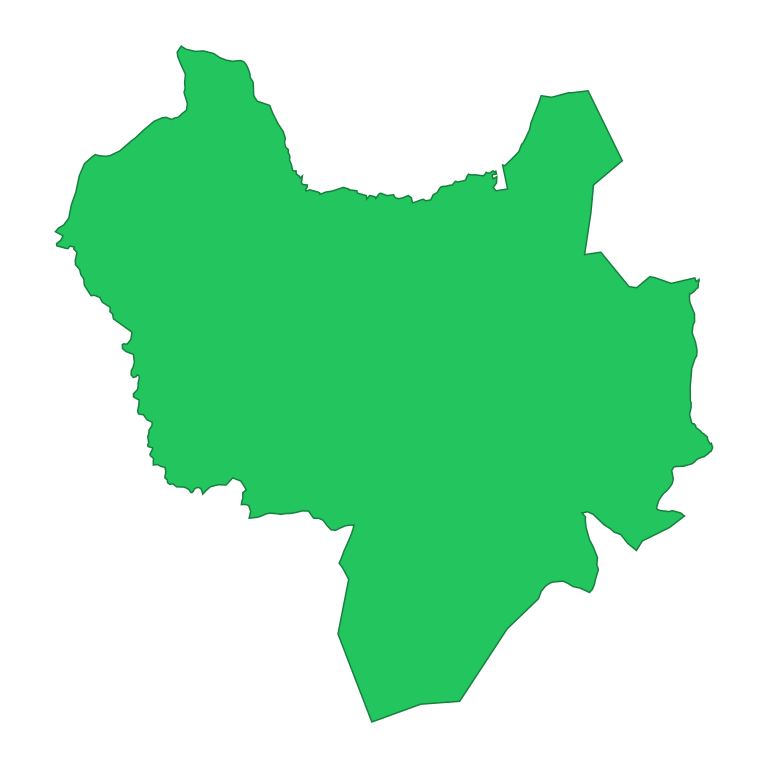 outline of San Andrés Solaga, Oaxaca, Mexico
{"feature_id": "50627088B53471803847057", "entity_name": "San Andrés Solaga", "entity_type": "district", "adm_level": 2, "iso_a3": "MEX", "parent_name": "Mexico", "parent_adm1": "Oaxaca", "projection": "natural_earth1", "projection_center": [-96.225, 17.275], "detail": "fine", "context": "isolated", "style": "filled", "palette": "green", "viewbox_px": 768, "rotation_deg": 0, "n_neighbors": 0, "source": "geoboundaries", "source_scale": "gbopen_adm2", "svg_char_len": 5464}
<svg xmlns="http://www.w3.org/2000/svg" viewBox="0 0 768 768"><path d="M588.1,90.8L572.3,92.7L568.7,92.7L557.7,95.7L551.5,97.3L541.2,95.7L538.1,104.7L531.0,122.7L529.6,129.6L527.9,133.2L524.7,140.0L522.9,143.2L521.6,144.3L521.3,145.2L518.9,151.5L515.3,155.4L504.9,165.7L502.6,165.0L507.6,189.0L495.9,190.8L493.2,187.5L496.5,183.0L496.8,176.6L493.3,178.9L492.2,176.2L492.5,174.7L496.5,174.1L495.8,171.2L494.7,172.1L493.4,170.9L492.2,171.3L490.0,172.9L488.8,173.1L487.1,172.8L486.2,172.3L485.2,174.0L483.5,175.8L474.9,174.8L471.7,175.0L468.5,174.2L467.1,176.1L465.8,179.6L464.7,180.5L457.5,182.1L455.9,181.3L455.2,181.4L452.0,185.3L450.3,185.1L445.8,186.3L443.8,186.3L441.2,186.7L439.6,188.4L437.1,192.6L433.2,194.8L430.7,199.9L425.7,200.8L423.5,199.3L421.6,199.7L413.8,202.6L412.4,202.6L411.4,197.8L408.3,195.5L402.4,198.0L398.0,198.7L395.1,197.6L393.5,194.8L387.1,195.6L380.7,193.2L379.1,193.9L375.7,198.4L374.9,196.7L369.7,195.5L366.7,199.1L366.3,195.6L357.4,193.1L356.9,190.8L348.7,189.7L348.7,189.0L343.2,187.4L332.4,191.0L325.6,192.1L319.9,194.4L319.7,192.8L317.5,191.9L309.7,189.8L306.2,191.0L305.5,189.8L307.3,186.9L307.3,185.0L302.5,184.4L301.4,182.7L302.4,175.9L300.1,178.0L299.1,176.0L296.4,174.2L296.0,170.8L294.4,171.0L292.7,170.6L291.4,164.7L289.5,160.1L289.9,156.3L288.2,152.4L288.4,149.8L285.5,146.9L284.5,142.0L285.4,138.5L283.2,131.5L278.3,124.2L272.8,113.4L269.7,105.4L257.3,101.2L254.7,97.4L253.6,94.9L253.5,88.6L253.3,84.1L252.9,81.7L251.5,79.5L250.1,77.2L250.0,74.3L249.1,71.3L247.4,66.9L245.7,63.9L243.6,61.6L240.2,60.5L232.6,61.3L226.5,60.2L219.7,57.6L213.9,53.6L203.4,50.9L195.3,51.4L185.8,49.2L181.2,46.1L177.2,52.2L177.7,56.3L180.3,63.0L185.3,74.1L185.3,76.1L184.6,82.4L185.1,88.3L184.0,92.5L186.2,99.5L187.4,103.8L186.4,110.3L182.7,113.1L178.2,117.3L174.6,118.0L171.7,119.5L166.2,117.3L162.0,117.9L154.4,121.1L152.0,123.1L143.5,130.2L139.2,134.3L134.6,138.6L131.6,140.7L119.7,151.0L110.0,155.6L106.1,156.3L99.9,155.8L95.2,154.7L91.9,157.0L84.5,163.7L79.3,175.8L75.8,192.4L71.3,205.0L68.8,218.1L63.6,225.1L58.4,228.1L55.4,231.7L63.0,235.8L60.9,240.2L56.5,243.6L56.9,245.9L66.6,248.5L68.1,248.5L69.5,246.5L70.3,246.2L74.3,247.1L73.7,249.0L77.0,252.4L75.2,260.7L75.5,264.7L79.7,269.6L80.8,274.6L83.8,278.8L84.4,285.3L91.0,295.7L94.4,295.3L99.8,297.4L102.3,302.2L110.3,307.4L109.9,311.7L112.6,314.0L113.4,318.8L132.0,332.2L130.8,339.5L127.1,344.1L123.4,343.9L122.3,344.7L122.5,348.5L125.9,351.5L133.4,354.4L134.4,362.1L133.1,367.4L131.4,370.3L131.1,374.9L133.4,377.5L136.2,376.6L137.2,374.8L139.2,376.1L139.2,378.7L138.1,382.6L138.2,386.2L137.4,389.7L133.5,393.7L133.5,396.9L139.2,400.1L138.8,405.0L137.6,411.3L138.6,413.9L143.4,414.8L147.1,419.8L152.2,422.3L151.9,425.7L149.0,430.1L148.8,433.9L147.7,436.5L148.7,442.6L147.6,445.2L148.2,446.6L152.5,447.8L152.6,449.0L149.9,454.4L150.5,455.9L153.5,458.2L153.3,460.6L153.3,465.0L157.7,464.5L160.4,466.2L164.9,467.3L165.8,471.4L164.8,477.8L167.3,479.9L167.6,482.7L169.9,484.4L172.2,483.9L173.3,484.0L176.4,486.8L184.3,487.1L188.9,489.4L190.8,492.4L191.9,492.7L193.6,490.9L194.1,489.4L195.8,488.0L198.7,487.4L200.8,488.6L201.8,490.6L202.8,494.2L206.3,490.3L210.7,486.6L218.6,484.7L226.1,485.0L232.7,477.9L234.7,478.7L237.7,479.8L240.9,481.1L244.6,486.8L246.2,489.9L242.8,492.7L242.9,497.8L242.0,501.1L241.3,504.6L246.0,504.5L248.7,505.6L250.7,511.4L249.1,518.2L257.3,517.3L260.8,516.2L265.9,514.0L269.7,513.1L278.0,513.8L280.5,514.4L285.7,513.6L291.3,513.4L296.7,512.3L302.3,510.9L308.5,511.1L313.5,518.1L319.0,518.4L323.0,520.2L327.6,526.2L331.1,529.8L335.7,530.3L339.3,528.4L345.4,525.8L350.1,525.1L353.9,525.2L353.2,528.5L352.4,530.9L351.5,533.8L346.7,545.2L344.1,550.7L341.3,558.5L339.1,563.2L342.4,567.4L348.7,579.3L338.0,633.9L371.8,721.9L372.9,721.6L420.6,704.2L459.6,701.3L462.2,697.4L488.5,657.3L507.2,628.8L538.5,598.7L541.1,591.5L545.6,586.0L549.7,583.2L553.0,582.0L563.3,581.2L567.0,582.9L573.2,586.6L579.8,588.0L585.5,590.6L589.5,592.5L592.4,589.4L594.4,584.4L595.5,579.3L598.4,569.6L596.8,564.6L597.5,557.8L596.5,555.2L593.3,547.1L589.4,539.5L586.0,527.2L585.4,521.2L585.4,516.8L582.0,512.9L587.5,511.8L593.2,514.3L604.0,524.7L610.3,528.7L614.2,532.1L620.8,534.6L627.7,543.3L636.4,550.5L642.3,541.0L669.5,527.5L684.5,516.0L684.1,515.6L683.0,515.1L682.1,514.0L680.5,512.9L675.6,511.5L671.8,510.6L670.4,511.4L667.5,511.5L665.6,511.0L663.5,511.0L659.5,510.3L657.2,509.3L656.6,508.4L656.7,507.0L657.2,505.6L658.7,500.8L660.2,498.1L662.0,495.6L663.5,493.6L666.1,491.4L669.1,488.1L671.2,485.1L672.3,483.3L673.0,480.4L673.2,478.1L672.5,475.0L672.0,472.1L671.6,470.6L672.6,469.2L673.0,468.1L673.8,467.2L674.9,466.6L678.9,466.4L684.0,466.2L687.4,465.0L690.1,464.4L692.5,463.5L694.5,461.9L695.8,460.6L697.4,459.0L702.4,457.0L704.3,456.6L705.7,455.4L707.8,454.1L709.2,452.4L711.1,451.2L712.5,448.1L712.6,447.2L711.2,443.2L710.1,444.0L707.7,439.8L707.4,437.1L703.9,434.0L702.0,432.8L700.3,430.8L696.1,427.6L695.5,425.4L694.0,423.8L691.9,423.5L690.3,417.4L689.6,414.5L691.1,407.2L691.1,402.5L690.4,401.1L690.2,387.2L691.4,372.7L691.7,368.4L695.0,358.6L696.7,355.8L697.0,350.4L695.7,343.0L694.8,340.0L692.8,334.9L692.2,332.3L693.0,325.0L694.6,321.9L694.5,313.9L689.8,302.3L689.4,298.1L689.6,293.9L690.7,293.9L693.8,291.7L697.1,288.1L698.0,287.8L698.5,282.2L699.1,281.3L699.0,279.4L696.2,281.6L694.8,277.9L671.3,283.4L654.4,277.5L649.6,276.8L636.8,287.7L629.1,286.7L600.8,252.2L584.6,254.6L590.9,212.8L593.5,185.0L622.3,160.7L588.1,90.8Z" fill="#22c55e" stroke="#15803d" stroke-width="1.5"/></svg>